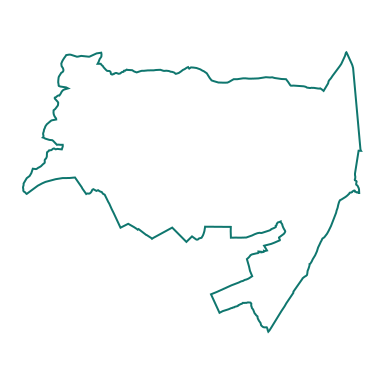 Cristian, Sibiu, Romania (Mercator projection)
{"feature_id": "2599482B61474640296478", "entity_name": "Cristian", "entity_type": "district", "adm_level": 2, "iso_a3": "ROU", "parent_name": "Romania", "parent_adm1": "Sibiu", "projection": "mercator", "projection_center": [24.019, 45.778], "detail": "fine", "context": "isolated", "style": "outline", "palette": "teal", "viewbox_px": 384, "rotation_deg": 0, "n_neighbors": 0, "source": "geoboundaries", "source_scale": "gbopen_adm2", "svg_char_len": 5803}
<svg xmlns="http://www.w3.org/2000/svg" viewBox="0 0 384 384"><path d="M152.0,238.8L153.1,238.0L172.2,227.6L186.4,241.9L192.0,236.4L196.1,239.4L196.5,239.6L197.6,239.6L198.0,239.4L199.1,238.4L201.5,237.8L202.9,235.5L203.6,233.7L204.4,231.1L205.1,226.7L230.8,226.9L230.7,231.1L230.9,237.7L236.0,237.6L239.7,237.7L246.3,237.5L252.0,235.5L254.7,234.2L257.4,233.2L259.5,232.8L261.1,233.0L261.9,232.9L269.3,230.5L270.6,229.9L271.2,229.2L274.5,227.8L275.6,227.1L275.9,226.8L275.7,225.8L276.4,225.3L276.7,224.8L276.7,224.2L276.9,223.6L277.4,223.0L278.1,222.3L278.9,222.2L280.7,221.4L280.8,222.3L282.2,224.3L282.5,225.7L283.0,227.0L283.7,228.5L284.9,230.5L285.2,231.2L285.2,231.7L284.5,233.0L283.8,233.9L279.0,237.5L279.0,237.8L279.9,239.9L279.8,240.3L274.3,242.7L271.2,243.9L264.1,245.7L267.0,250.5L264.7,251.1L263.9,250.8L263.9,251.7L263.7,251.9L261.6,252.3L261.3,252.3L261.3,251.8L258.4,251.5L258.4,251.9L258.8,252.5L258.0,253.1L256.2,253.4L252.0,254.4L250.5,255.2L249.8,256.2L248.7,257.5L246.9,259.1L249.0,266.4L250.0,270.9L252.2,276.2L248.5,278.6L246.4,279.5L244.8,279.9L242.8,281.0L241.3,281.3L238.6,282.6L231.5,285.3L216.7,292.0L211.0,294.3L219.5,312.8L222.8,311.1L228.5,309.3L231.3,308.1L232.4,307.9L233.2,307.4L234.0,307.4L234.6,306.9L235.2,306.7L237.5,306.1L238.4,305.5L238.5,305.1L239.2,304.9L240.6,304.1L241.8,303.8L242.6,303.0L243.0,302.8L244.0,303.0L245.0,302.8L246.2,302.9L247.9,302.4L250.5,302.6L251.3,303.7L251.2,304.0L251.3,305.2L251.2,305.5L251.2,305.9L251.6,306.6L251.9,308.0L253.1,309.5L254.7,313.5L255.4,314.1L256.2,315.3L257.5,316.4L257.6,317.8L257.8,318.4L258.0,319.0L258.4,319.4L258.7,320.4L260.5,322.9L261.1,325.2L261.3,325.5L262.6,326.7L263.5,327.2L264.8,327.4L266.7,327.3L267.3,328.4L267.8,330.5L268.3,331.7L269.4,330.5L271.2,327.7L281.4,311.1L284.6,306.3L286.3,303.3L293.3,292.9L293.3,292.3L293.5,291.5L302.2,279.1L302.6,278.3L304.6,276.7L306.0,275.9L306.9,275.1L307.1,274.5L307.3,273.4L307.6,270.9L308.5,268.7L309.3,266.2L309.6,264.9L309.5,264.1L310.3,263.7L311.7,261.5L312.7,259.3L315.1,255.4L316.9,251.4L318.1,247.5L319.7,244.2L320.7,242.0L321.5,240.6L322.4,238.6L324.3,237.3L327.0,233.8L328.5,231.1L331.0,226.0L336.1,212.8L336.6,210.6L337.6,207.8L338.2,205.0L339.0,202.2L339.9,200.3L341.6,199.4L345.6,196.9L347.6,195.3L348.5,194.3L349.0,194.0L349.6,192.9L350.0,192.6L350.9,192.6L352.1,192.1L352.3,191.6L353.7,190.7L354.3,190.5L354.8,190.7L355.0,191.2L355.0,191.6L356.1,192.0L356.6,192.4L357.3,192.2L357.9,192.4L358.4,193.0L359.2,193.0L359.0,189.2L358.6,187.9L357.5,185.7L356.2,184.6L356.2,183.5L356.6,181.6L356.3,181.0L354.9,180.2L354.8,179.5L355.2,178.4L355.3,176.8L355.0,175.0L355.0,173.5L358.6,150.7L361.0,150.8L360.7,150.3L360.4,148.9L353.1,68.1L352.4,65.5L352.0,64.4L346.9,53.2L346.4,52.3L346.1,52.5L345.9,52.8L345.0,55.9L341.3,63.9L339.8,66.1L332.5,75.9L330.9,78.3L329.0,80.5L328.5,81.6L328.1,83.4L323.6,90.9L321.4,89.1L320.2,88.4L320.0,88.6L318.0,88.5L314.1,87.9L311.2,87.8L310.5,88.0L309.8,88.0L307.0,87.6L305.7,86.8L303.7,86.3L293.7,85.6L291.0,85.7L290.6,85.5L290.2,85.1L288.1,81.9L286.0,79.2L281.5,79.0L274.7,78.0L272.2,77.3L270.1,77.5L265.9,77.2L258.3,78.4L253.2,78.6L249.2,78.7L245.3,78.3L243.3,78.3L237.2,79.2L233.7,79.2L229.0,81.9L227.4,82.6L224.1,82.7L218.4,82.5L213.6,81.1L211.6,80.4L209.7,78.0L206.8,73.3L203.6,71.1L202.5,70.7L200.4,69.4L196.5,68.0L193.7,67.6L191.0,67.4L189.2,68.6L188.5,67.8L188.1,67.1L186.6,67.8L184.7,69.1L182.8,70.0L181.2,71.3L178.7,73.0L176.0,73.8L175.6,73.8L174.4,72.7L173.5,72.3L171.9,71.8L171.0,71.8L168.8,71.0L166.1,70.7L164.8,70.9L163.4,70.8L160.4,69.8L156.0,70.0L153.9,70.3L147.9,70.4L143.9,70.8L141.8,70.8L140.3,71.2L136.7,72.4L134.2,71.5L132.2,70.2L127.2,69.9L126.8,69.6L125.9,70.1L125.2,70.7L124.2,70.6L123.8,70.9L123.5,71.8L121.9,72.1L120.1,73.5L118.6,73.8L116.4,73.0L115.7,73.0L114.4,73.5L114.1,73.9L113.3,73.9L113.0,74.3L112.7,74.5L111.6,74.4L111.0,74.0L110.8,73.4L110.7,72.5L110.4,71.7L109.9,71.3L109.3,71.0L107.2,70.9L106.0,69.9L103.6,67.3L102.9,66.1L101.7,65.1L100.7,63.8L97.6,63.8L98.6,61.9L99.6,59.2L101.2,56.9L101.4,56.3L101.5,54.2L101.2,52.7L96.6,53.4L89.6,56.6L88.9,56.7L81.2,55.9L78.0,56.6L76.9,56.7L70.7,54.7L69.2,54.6L66.2,55.1L65.6,56.1L64.2,58.0L62.8,60.2L62.1,61.6L61.3,63.6L61.6,66.1L63.0,68.3L63.4,69.7L63.4,70.4L63.2,71.2L62.7,71.9L61.2,72.9L58.9,76.6L58.6,77.6L58.3,80.3L58.2,82.3L58.6,84.5L58.6,85.3L58.8,85.9L60.2,86.5L66.1,87.4L68.1,88.4L64.3,89.5L63.3,90.0L62.5,90.7L61.5,92.0L60.7,93.6L59.4,95.5L59.0,95.3L57.8,95.7L56.7,96.5L56.1,97.1L54.8,97.6L54.7,98.1L54.9,98.7L57.6,101.7L58.1,102.4L58.2,102.9L58.0,105.0L57.7,105.7L55.2,109.0L53.6,110.3L53.5,112.8L53.8,114.5L54.6,116.4L56.1,118.5L56.2,119.5L51.9,120.3L50.9,120.8L46.8,124.3L45.3,126.5L45.0,127.6L44.0,129.8L43.8,131.3L43.2,133.1L43.1,134.0L43.5,136.0L43.2,137.2L42.9,137.5L43.9,137.8L45.2,138.6L49.4,139.9L52.3,140.2L53.3,141.0L56.9,144.8L58.0,144.6L60.6,144.8L62.7,144.8L62.8,146.0L62.7,146.6L61.8,149.4L57.4,148.9L55.7,149.3L55.2,149.1L54.3,148.5L53.6,148.5L52.8,148.9L51.4,150.1L49.0,150.4L48.7,150.7L48.5,151.3L47.2,152.1L47.0,152.7L46.8,156.7L46.1,158.4L45.0,159.5L44.8,159.9L44.7,160.6L44.8,162.1L44.5,163.0L42.9,164.3L41.0,166.2L39.4,167.2L38.3,167.7L36.8,168.8L36.0,169.1L32.8,168.7L31.3,173.2L29.6,176.0L26.7,178.2L23.6,183.5L23.6,185.0L23.1,186.9L23.0,187.7L23.3,189.1L23.3,190.5L23.5,191.1L23.9,191.6L25.1,192.3L26.0,193.4L26.7,193.9L37.8,185.7L42.3,183.3L45.5,181.9L55.6,179.2L62.4,178.1L69.5,178.0L75.0,177.5L81.9,187.5L82.2,188.3L86.2,194.0L86.8,193.6L87.4,193.5L88.6,193.6L89.6,193.5L90.4,192.9L91.3,191.9L92.4,189.7L93.4,189.2L96.4,190.9L98.1,190.2L99.4,191.1L100.6,191.7L101.7,192.0L102.9,193.7L104.7,194.7L108.4,202.2L109.2,203.5L111.7,209.1L113.7,213.1L120.5,227.7L128.2,223.8L134.0,227.1L137.2,229.2L137.7,229.7L138.6,229.1L146.3,235.0L146.6,235.0L151.4,238.1L152.0,238.8Z" fill="none" stroke="#0f766e" stroke-width="2"/></svg>